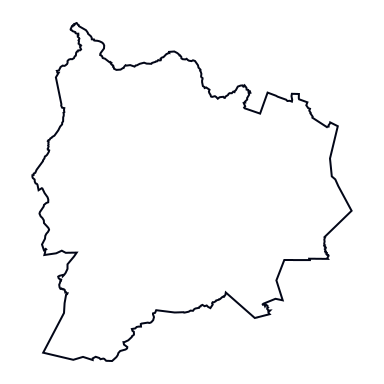 Taupo District, Waikato, New Zealand (Natural Earth projection)
{"feature_id": "76426892B49452595685205", "entity_name": "Taupo District", "entity_type": "district", "adm_level": 2, "iso_a3": "NZL", "parent_name": "New Zealand", "parent_adm1": "Waikato", "projection": "natural_earth1", "projection_center": [175.983, -38.801], "detail": "fine", "context": "isolated", "style": "outline", "palette": "ink", "viewbox_px": 384, "rotation_deg": 0, "n_neighbors": 0, "source": "geoboundaries", "source_scale": "gbopen_adm2", "svg_char_len": 5705}
<svg xmlns="http://www.w3.org/2000/svg" viewBox="0 0 384 384"><path d="M55.9,77.4L61.4,104.2L61.2,105.6L62.1,107.7L64.3,108.1L64.0,109.9L64.3,112.2L63.5,112.7L63.8,114.0L63.7,115.9L63.2,117.2L63.1,121.4L62.2,122.6L62.1,124.4L60.2,126.5L58.3,130.3L54.4,135.7L52.3,136.9L51.6,137.8L50.5,138.3L49.5,139.8L48.5,140.1L47.8,141.1L48.7,142.0L48.3,143.1L48.6,144.5L48.1,145.5L48.6,146.3L48.2,147.9L47.7,148.7L47.8,149.4L48.2,149.3L48.6,150.1L49.2,150.4L48.8,151.9L47.1,154.8L45.7,156.1L44.9,156.5L44.4,158.4L43.0,160.4L43.0,161.1L36.6,169.8L35.3,172.8L33.7,173.6L33.6,175.0L32.4,175.2L32.4,176.8L32.8,178.0L34.6,179.5L34.8,181.7L35.6,183.4L36.9,183.9L37.5,184.8L38.6,190.2L41.8,188.2L42.4,188.5L44.6,193.1L47.6,197.3L48.3,199.7L48.2,202.3L46.3,203.0L44.0,204.9L43.7,206.5L39.9,212.1L39.5,213.7L40.7,216.4L42.3,217.9L43.8,220.3L44.0,223.1L48.3,227.8L49.0,229.3L49.1,229.8L48.0,231.9L46.4,233.7L45.3,235.8L45.0,238.7L42.0,244.5L43.9,250.2L45.7,248.9L46.2,249.4L45.0,250.2L45.2,251.8L44.4,255.0L56.2,253.3L61.8,250.7L65.7,252.8L76.7,252.6L74.1,256.4L67.5,264.3L67.5,268.9L65.6,272.9L64.2,274.8L63.0,276.0L63.1,274.9L59.5,275.8L58.2,276.6L58.6,278.1L59.5,279.0L61.2,279.7L60.9,281.0L60.3,281.1L60.1,282.5L59.2,284.8L59.6,287.4L60.5,288.9L61.1,289.0L61.6,288.5L62.5,289.1L63.0,289.0L63.3,289.5L64.1,289.4L64.7,289.9L65.3,292.4L65.9,292.1L66.9,293.3L67.5,293.3L67.1,294.2L66.1,294.7L64.6,303.1L64.0,313.0L43.2,352.7L73.3,359.8L83.0,356.9L92.7,360.0L92.7,358.4L95.7,356.8L99.3,358.0L100.5,359.2L103.3,358.6L104.3,358.9L106.2,360.8L112.1,361.0L116.4,357.1L117.7,355.2L118.4,353.0L120.2,351.0L125.6,349.5L127.1,348.4L127.3,347.0L124.0,344.6L123.5,342.1L124.5,342.1L128.3,340.3L131.8,337.0L132.0,336.2L133.7,335.0L134.0,334.3L133.8,331.7L132.5,330.9L131.9,329.0L135.3,328.4L136.6,327.0L138.6,326.6L141.0,326.6L140.8,324.0L141.5,323.6L147.9,322.6L149.2,323.0L150.7,322.6L151.8,321.7L153.2,320.1L154.0,317.1L153.0,314.4L153.0,313.4L155.1,312.8L156.2,310.2L174.7,312.5L183.7,312.2L184.0,312.6L184.6,312.6L188.7,311.7L190.5,310.6L193.0,310.8L194.2,309.2L195.4,308.5L199.1,307.8L199.5,306.7L200.6,306.4L201.0,305.6L202.4,304.9L204.6,306.2L206.7,305.5L208.1,306.9L210.4,308.1L212.7,304.6L212.1,303.2L212.7,302.2L213.8,302.3L215.8,301.2L216.1,300.5L218.9,299.7L219.0,299.3L220.0,299.1L222.6,296.8L223.8,296.9L224.0,296.1L224.5,296.1L225.4,294.8L225.8,292.5L254.8,318.0L269.6,314.2L268.9,313.5L268.4,312.2L270.1,310.5L268.2,310.6L267.9,309.6L267.2,309.0L267.2,308.3L268.0,307.5L267.4,307.1L267.5,305.8L266.1,304.8L265.5,305.2L265.0,306.2L264.4,304.7L263.8,304.4L262.9,304.7L262.7,304.3L263.4,303.7L275.5,298.8L282.7,300.3L276.4,280.4L284.3,260.0L310.8,260.1L309.8,259.6L309.5,259.1L309.1,259.2L309.1,258.7L327.9,258.9L327.3,258.1L328.6,255.8L328.3,255.1L327.6,255.2L326.7,254.6L326.5,254.3L326.9,254.0L326.6,253.7L326.8,252.9L325.6,252.5L325.9,251.6L325.1,251.3L325.4,250.1L324.8,249.1L325.7,248.2L325.8,247.6L325.0,247.1L325.1,246.6L324.6,246.5L324.2,245.7L324.6,245.2L324.3,245.1L324.5,244.7L324.2,243.8L324.6,241.4L324.3,239.6L324.9,237.7L324.7,237.5L325.0,237.2L324.7,236.9L351.6,210.8L338.3,186.1L335.3,179.4L331.8,176.4L330.0,158.5L337.8,126.2L330.2,122.4L330.0,123.4L328.7,125.1L328.6,126.6L327.2,126.7L326.9,127.1L312.4,117.7L312.7,116.7L310.4,113.3L310.7,112.9L309.3,110.7L310.0,108.8L308.2,108.1L306.3,105.3L307.4,102.3L299.1,99.3L298.8,98.2L298.9,94.0L291.9,93.8L291.5,96.1L292.2,99.9L291.9,101.6L289.8,100.8L287.4,101.0L286.1,99.7L277.7,96.7L275.9,95.7L267.6,92.6L260.1,113.6L244.7,108.3L244.1,107.6L245.2,106.3L243.7,103.0L245.2,102.6L244.8,101.9L247.2,99.5L247.1,98.1L249.1,94.8L249.0,93.1L250.4,92.8L249.8,91.1L249.3,91.1L248.5,91.9L248.2,89.9L246.6,89.6L246.4,87.7L244.6,85.4L243.7,86.7L243.1,86.5L242.7,85.4L240.5,85.6L237.8,86.6L235.9,90.1L234.9,91.0L234.5,92.1L233.3,91.6L231.8,93.2L229.5,93.2L228.6,93.9L227.9,95.1L225.6,96.5L224.9,97.9L224.3,97.9L223.3,96.8L220.6,97.1L219.5,97.3L217.8,98.7L216.2,97.0L214.9,96.2L212.1,96.9L211.0,96.5L210.4,94.6L209.5,93.4L208.9,91.7L209.5,89.7L206.2,87.5L204.7,88.0L204.5,87.1L202.9,86.1L202.1,82.2L202.1,80.3L202.6,78.9L202.5,78.0L201.5,77.4L201.1,76.4L201.4,73.8L200.8,71.9L200.1,70.7L200.5,70.3L200.5,69.7L198.5,67.6L198.0,65.3L195.0,61.0L193.0,60.3L191.5,61.1L189.0,60.7L187.8,60.0L186.6,58.8L185.3,59.4L182.7,59.2L181.4,58.4L181.3,56.9L180.0,55.3L179.5,55.5L178.8,54.3L177.2,53.0L174.3,51.5L169.1,51.9L169.3,53.0L168.5,52.8L167.8,53.6L166.5,54.0L163.4,57.2L162.2,57.4L160.6,58.6L161.0,59.6L160.7,60.3L158.7,60.4L158.2,60.1L156.9,61.4L155.9,61.4L155.4,61.9L152.1,62.9L151.4,63.8L146.6,63.6L144.1,62.7L139.8,63.8L136.7,65.4L135.6,65.5L134.6,66.6L130.2,65.1L126.5,65.6L125.6,65.2L124.3,66.6L123.6,68.0L123.2,67.9L120.6,69.6L116.4,69.9L114.0,68.7L113.8,67.3L113.0,66.8L113.3,65.9L112.9,65.3L111.7,64.7L111.0,63.8L111.5,62.9L110.3,62.0L109.9,62.4L109.1,61.9L105.0,58.7L102.7,58.0L102.1,56.2L101.4,55.9L100.9,55.1L100.2,55.0L100.3,53.8L100.9,52.7L104.0,48.5L104.2,45.5L103.3,43.6L101.9,42.4L99.5,41.3L97.5,40.8L94.7,40.6L94.1,40.4L94.0,39.5L91.8,39.3L91.7,37.8L91.0,36.4L88.0,33.7L87.8,32.7L86.0,30.2L79.0,26.2L78.7,25.1L78.0,24.9L76.8,23.1L76.4,23.0L75.3,23.8L74.4,23.9L74.6,24.7L73.9,25.4L73.0,25.2L72.7,26.2L72.0,26.1L70.6,29.3L70.8,29.9L71.9,30.3L72.5,31.1L75.3,32.1L75.6,33.2L77.4,33.8L78.3,33.7L78.4,35.2L77.7,35.7L77.8,36.8L78.9,37.7L79.4,38.7L78.5,40.4L79.0,41.0L78.6,43.7L79.5,44.3L79.7,44.9L80.5,45.0L80.4,45.8L80.8,45.9L80.0,47.0L81.1,49.4L80.2,50.3L78.2,50.4L77.8,51.4L77.3,51.3L76.9,51.7L76.2,52.7L75.8,55.6L74.7,56.4L73.9,58.2L72.2,59.2L70.4,59.1L68.7,59.7L67.5,61.1L67.6,62.7L67.1,64.0L65.3,65.5L64.2,65.9L62.7,65.6L60.6,67.0L58.9,70.5L57.3,70.8L57.5,71.0L57.1,71.9L57.4,72.7L57.7,73.1L58.5,73.0L55.9,77.4Z" fill="none" stroke="#020617" stroke-width="2"/></svg>